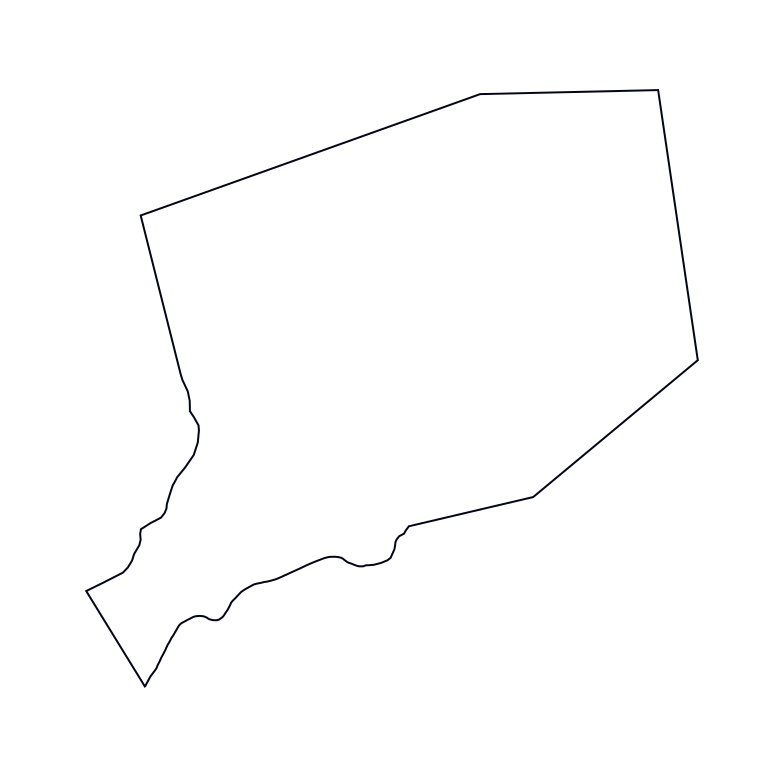 the district of Catter Beaufond, Praslin, Saint Lucia, rotated 85°
{"feature_id": "8701671B82105549024004", "entity_name": "Catter Beaufond", "entity_type": "district", "adm_level": 2, "iso_a3": "LCA", "parent_name": "Saint Lucia", "parent_adm1": "Praslin", "projection": "natural_earth1", "projection_center": [-60.942, 13.842], "detail": "fine", "context": "isolated", "style": "outline", "palette": "ink", "viewbox_px": 768, "rotation_deg": 85, "n_neighbors": 0, "source": "geoboundaries", "source_scale": "gbopen_adm2", "svg_char_len": 1818}
<svg xmlns="http://www.w3.org/2000/svg" viewBox="0 0 768 768"><g transform="rotate(85 384 384)"><path d="M194.9,611.7L356.6,585.7L362.3,584.5L374.3,580.1L383.8,579.0L394.2,579.7L400.2,576.4L409.0,572.4L414.1,572.4L426.1,574.6L438.1,579.7L449.7,589.3L458.9,598.2L463.0,600.8L466.8,603.4L476.2,607.4L484.8,610.8L488.9,611.5L493.3,613.7L497.7,617.8L502.1,628.5L507.5,638.8L512.2,640.0L517.9,640.0L523.3,641.8L531.5,647.7L537.8,650.3L544.4,655.1L549.2,660.6L557.4,680.9L564.3,698.7L664.4,648.6L663.8,647.9L661.8,646.7L654.9,642.1L649.7,637.4L647.1,635.3L644.6,634.1L640.6,631.6L637.0,629.6L635.0,628.2L632.1,626.4L630.1,625.1L627.8,623.9L624.8,622.1L622.6,620.5L618.7,618.0L616.0,615.8L608.7,610.7L606.9,609.4L605.3,607.7L604.4,606.2L603.2,603.3L601.6,599.7L600.7,597.2L599.5,594.5L599.0,592.4L598.9,589.5L599.0,587.7L599.3,585.7L599.9,583.4L601.4,580.7L602.5,579.5L603.5,577.6L604.3,575.0L604.7,572.2L604.7,570.5L604.3,568.9L602.8,566.2L601.9,564.9L600.4,563.5L597.9,561.6L595.0,559.2L590.6,556.4L588.9,555.6L587.5,554.4L585.8,552.5L584.5,550.9L582.6,548.8L581.1,547.1L578.7,544.4L576.6,540.7L574.7,536.5L574.1,535.1L572.9,532.4L572.3,530.9L571.7,527.5L571.5,524.9L570.8,520.4L570.7,517.9L570.0,513.4L569.4,510.2L568.9,508.1L567.6,504.1L564.5,495.4L562.5,489.7L560.4,483.7L558.4,478.4L556.7,473.6L555.0,468.3L553.6,463.4L552.2,458.4L551.6,454.5L551.5,451.9L551.8,448.2L552.3,445.4L553.3,441.8L554.7,439.9L555.8,438.8L557.6,436.8L558.7,435.3L559.6,433.3L560.5,431.3L561.3,429.9L563.1,426.0L563.5,424.4L563.8,420.5L563.0,417.7L563.2,415.4L563.2,409.6L561.9,402.2L559.9,395.9L557.8,392.6L549.5,388.0L546.9,387.3L542.4,386.3L540.0,385.0L537.0,382.2L534.8,377.1L532.2,375.4L529.8,373.3L527.9,371.6L509.6,245.2L387.6,69.3L384.8,69.5L115.1,85.3L103.6,263.0L194.9,611.7Z" fill="none" stroke="#020617" stroke-width="2"/></g></svg>